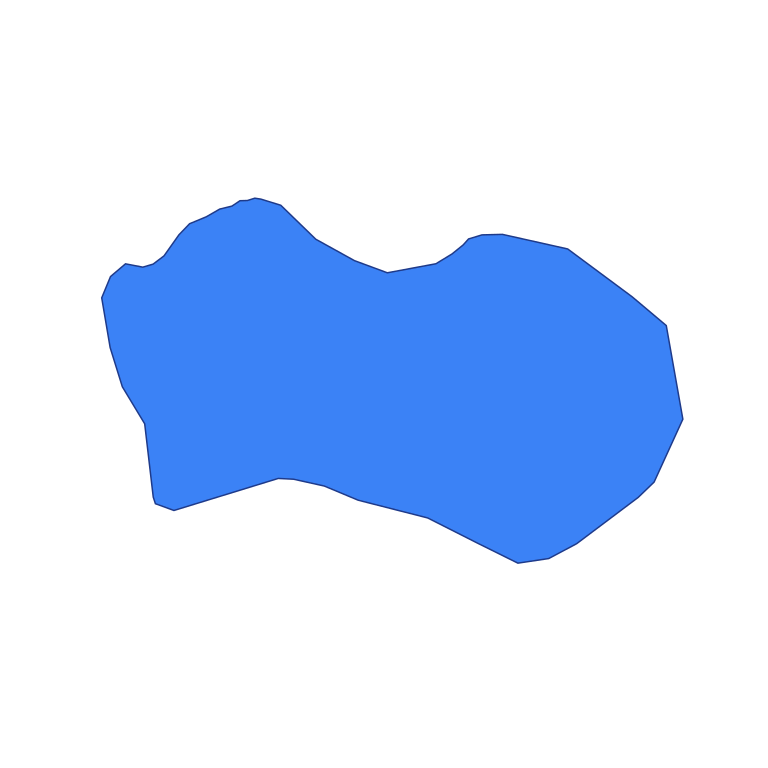 the border of Semic, rotated 198°
{"feature_id": "SVN-984", "entity_name": "Semic", "entity_type": "Municipality", "adm_level": 1, "iso_a3": "SVN", "parent_name": "Slovenia", "parent_adm1": "", "projection": "orthographic", "projection_center": [15.185, 45.649], "detail": "fine", "context": "isolated", "style": "filled", "palette": "blue", "viewbox_px": 768, "rotation_deg": 198, "n_neighbors": 0, "source": "natural_earth", "source_scale": "10m", "svg_char_len": 733}
<svg xmlns="http://www.w3.org/2000/svg" viewBox="0 0 768 768"><g transform="rotate(198 384 384)"><path d="M409.3,268.5L440.6,265.5L455.4,261.5L544.7,198.8L564.4,199.5L568.5,205.1L599.3,272.2L632.0,300.5L655.7,334.0L679.1,378.7L677.3,401.7L667.0,418.4L649.5,420.6L640.6,426.7L632.8,437.9L625.1,462.6L618.4,476.4L604.7,488.1L594.3,499.6L583.6,506.2L577.6,513.8L570.6,516.3L564.3,520.8L558.2,521.8L537.4,522.1L493.6,500.6L450.2,492.2L415.2,490.8L371.8,514.4L359.5,528.7L351.7,540.7L348.4,548.1L336.9,556.1L317.6,562.9L251.0,569.2L174.9,543.6L133.6,526.8L88.9,442.9L96.8,374.2L107.2,354.7L151.4,291.7L173.4,268.9L201.3,255.0L245.0,261.4L301.1,270.1L372.6,265.5L409.3,268.5Z" fill="#3b82f6" stroke="#1e3a8a" stroke-width="1.5"/></g></svg>